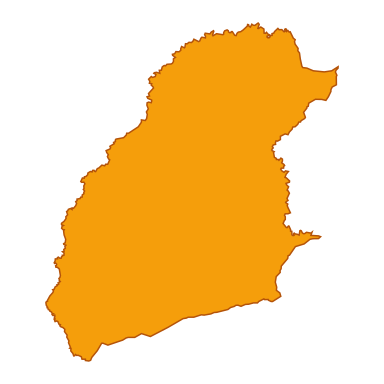 El Copey, Cesar, Colombia (Mercator projection)
{"feature_id": "7082276B6565875231933", "entity_name": "El Copey", "entity_type": "district", "adm_level": 2, "iso_a3": "COL", "parent_name": "Colombia", "parent_adm1": "Cesar", "projection": "mercator", "projection_center": [-73.955, 10.203], "detail": "fine", "context": "isolated", "style": "filled", "palette": "amber", "viewbox_px": 384, "rotation_deg": 0, "n_neighbors": 0, "source": "geoboundaries", "source_scale": "gbopen_adm2", "svg_char_len": 5814}
<svg xmlns="http://www.w3.org/2000/svg" viewBox="0 0 384 384"><path d="M54.6,320.7L55.1,321.6L56.6,321.0L57.8,321.5L59.1,324.4L60.4,324.7L59.9,325.8L60.5,326.6L63.0,327.6L64.8,329.3L64.5,331.6L67.1,335.1L66.8,337.1L68.9,340.9L68.5,342.7L70.5,347.5L69.7,348.2L71.0,348.7L70.8,350.9L72.9,353.5L73.7,355.9L74.6,355.8L75.5,354.5L76.6,355.4L78.2,355.3L81.3,356.7L82.0,359.2L85.4,359.2L85.4,360.5L88.8,361.0L90.6,360.3L91.8,357.4L97.2,350.8L101.6,343.3L102.9,343.2L107.9,345.1L122.7,340.1L126.1,338.0L128.1,337.4L134.7,337.4L141.5,333.6L150.4,336.5L167.9,327.4L183.1,318.6L186.3,318.1L188.2,317.2L193.8,317.2L201.3,314.8L204.1,315.1L210.9,313.9L214.1,312.5L216.8,312.3L227.9,309.5L230.6,307.5L234.3,306.4L235.9,305.3L238.0,305.2L241.0,306.3L245.4,304.4L248.7,304.2L253.5,302.9L257.5,302.9L258.9,301.4L263.9,298.9L264.5,299.6L268.2,299.5L268.4,300.2L271.1,301.5L272.6,301.5L280.8,296.3L279.8,292.9L276.4,290.3L276.7,287.2L275.3,282.2L276.2,276.6L280.2,272.4L280.0,270.6L281.1,268.8L281.3,266.1L287.7,258.5L288.1,255.7L289.5,255.2L295.4,246.6L304.2,243.9L310.0,239.3L313.0,238.7L318.5,238.6L320.6,236.7L318.6,235.9L310.9,235.4L312.0,232.2L310.9,233.1L306.5,232.3L304.7,233.6L303.6,233.7L302.3,232.9L301.4,230.9L300.6,230.4L299.9,230.7L299.1,235.1L297.1,234.2L295.3,234.0L294.2,233.1L293.6,233.9L294.0,235.4L293.0,235.6L291.9,234.8L291.8,231.3L290.6,231.2L290.6,229.7L289.0,226.1L288.4,226.0L287.2,227.6L286.3,227.5L283.1,223.5L284.4,220.4L285.3,219.6L285.3,216.7L284.5,215.3L285.2,213.8L287.9,213.8L290.4,212.8L287.6,206.8L287.2,205.2L287.8,204.1L285.7,202.6L286.2,201.6L288.0,200.5L287.0,198.5L289.4,193.2L288.1,190.9L287.1,190.1L288.6,186.8L286.6,184.8L286.0,183.4L289.4,182.2L289.6,181.0L286.4,177.9L285.0,177.4L286.1,174.3L288.4,171.5L285.5,170.9L284.1,172.3L282.1,171.1L280.7,169.2L281.2,168.2L283.6,168.1L283.7,166.2L284.6,165.6L284.0,164.5L281.7,162.8L282.5,160.9L282.4,159.1L280.9,158.1L278.9,160.3L278.1,159.4L276.4,159.5L276.2,158.3L274.4,157.3L273.5,152.4L274.2,151.7L272.0,150.6L271.9,149.3L273.2,147.9L272.3,146.7L273.3,144.9L275.6,144.4L275.4,142.9L276.0,140.9L277.6,141.1L280.4,139.6L280.4,136.3L285.1,133.9L288.0,134.7L289.4,132.0L292.1,129.2L292.7,127.1L295.2,126.7L297.7,124.4L298.8,122.1L300.5,122.0L301.1,120.7L304.7,118.5L305.4,117.3L303.6,112.3L306.8,108.2L306.9,106.9L308.3,106.2L308.7,103.2L315.4,99.3L321.7,99.4L325.9,100.4L328.4,96.7L330.9,91.5L330.9,89.7L332.2,87.0L336.4,84.8L336.3,76.6L336.9,75.3L335.4,72.0L336.1,70.1L338.0,68.3L338.1,66.7L331.7,70.8L324.3,71.9L313.3,70.8L306.9,68.1L302.8,67.6L301.9,66.3L300.3,59.0L299.5,53.0L297.8,50.7L298.1,48.4L295.1,44.1L294.5,41.6L295.2,39.7L293.3,38.2L290.2,31.8L289.2,32.1L287.8,30.4L286.6,31.4L286.3,29.2L285.8,28.8L284.7,29.3L285.0,31.3L284.1,31.8L281.8,29.6L279.1,29.7L277.9,28.4L274.6,31.5L273.8,33.1L272.0,33.6L272.1,35.4L270.7,35.4L269.5,37.6L268.1,37.9L267.1,37.2L267.0,36.2L269.5,35.4L269.6,34.9L267.8,34.0L266.5,32.3L265.5,33.3L264.1,33.1L263.9,29.0L260.8,27.0L258.6,28.5L257.9,28.4L259.2,24.3L258.1,23.0L254.9,25.4L253.2,25.2L251.8,24.2L250.4,27.1L249.1,26.4L248.6,24.7L247.6,24.5L247.3,26.1L243.1,30.0L240.7,31.7L238.3,32.1L237.0,33.3L236.1,35.6L234.7,35.3L232.3,31.6L231.3,31.6L230.9,32.6L229.6,32.7L228.6,32.0L228.3,30.7L227.1,29.9L224.7,30.8L223.7,32.5L223.6,34.3L222.9,34.7L216.5,33.7L213.0,35.8L212.5,35.0L213.8,31.3L213.5,30.7L211.2,32.1L209.9,33.9L205.2,33.2L204.6,34.7L205.5,36.1L205.4,37.9L201.9,37.2L200.9,38.2L199.8,40.9L198.7,41.6L193.9,39.2L193.0,41.1L191.5,42.5L189.0,42.3L187.1,43.8L185.5,43.7L184.9,47.2L184.4,47.8L181.6,46.5L180.7,48.8L180.8,50.3L179.0,51.8L175.9,51.6L174.7,53.7L172.4,54.3L172.6,55.3L175.4,57.4L173.4,58.8L173.5,61.4L172.4,63.3L171.1,64.0L166.9,64.3L165.6,65.8L164.3,65.5L163.4,66.0L162.2,67.0L161.4,70.2L159.3,70.3L159.8,73.3L156.5,72.3L154.3,72.7L153.8,73.4L155.9,74.4L155.3,76.5L152.6,77.4L151.3,76.5L148.6,79.2L149.8,81.3L149.4,83.3L151.7,83.7L151.2,85.1L152.9,86.7L153.5,88.0L148.5,93.5L149.5,96.0L147.0,96.8L147.8,98.4L151.6,100.0L151.7,101.1L151.2,102.7L148.6,102.1L147.1,102.8L146.9,105.2L148.3,108.9L146.4,111.9L147.3,114.4L146.6,118.6L145.3,120.5L141.4,119.9L141.4,122.2L138.3,126.8L128.6,133.2L126.7,133.2L126.3,135.0L123.6,137.7L116.0,139.1L115.3,140.1L115.4,141.6L113.6,142.4L114.2,143.7L109.9,146.3L110.6,147.7L109.9,149.0L106.1,150.6L106.7,152.5L108.3,154.7L107.4,156.6L108.6,159.0L109.7,159.8L107.7,164.3L105.7,164.2L104.7,165.8L101.9,165.1L98.8,168.0L97.3,168.6L95.6,171.6L94.8,171.4L94.0,170.3L92.6,170.4L92.1,171.9L90.4,171.5L87.9,173.0L87.7,174.7L86.1,176.4L84.4,176.8L84.2,178.2L82.4,178.0L80.8,181.6L81.7,182.3L83.9,182.2L84.9,183.8L83.8,185.9L84.0,188.5L83.3,189.4L84.6,191.0L83.8,192.4L83.9,193.7L82.2,195.0L82.2,197.0L80.7,197.2L80.1,198.5L77.0,199.1L77.1,200.6L75.7,201.6L76.6,203.5L75.7,205.7L73.5,208.3L72.1,207.9L72.0,209.5L70.5,208.5L68.4,209.3L67.7,210.8L66.6,211.5L67.6,214.8L65.8,216.8L66.1,218.3L65.5,219.3L64.0,221.4L61.6,223.2L61.4,224.1L61.7,224.8L63.4,225.5L62.1,226.2L61.6,228.3L63.1,229.7L64.2,229.8L63.6,230.9L64.1,234.9L65.7,239.3L65.2,242.7L63.6,243.7L63.8,244.4L65.9,245.2L64.9,246.4L65.3,248.3L63.8,249.4L64.1,251.2L62.5,251.7L64.1,253.0L63.9,255.3L62.3,255.3L62.4,256.1L61.5,256.8L61.2,258.2L59.7,258.2L58.4,257.1L57.4,257.6L57.5,258.8L55.3,258.9L55.1,261.1L54.2,262.7L54.5,263.4L55.6,263.0L56.7,264.2L56.4,265.3L55.6,265.7L55.9,267.2L57.3,267.3L59.3,269.0L60.4,275.5L59.9,277.5L58.9,278.5L59.5,280.1L59.2,280.9L60.2,281.5L58.9,282.8L58.2,282.8L58.6,284.2L56.9,284.8L57.3,285.6L55.2,286.8L54.1,289.3L52.7,289.7L53.5,290.8L52.9,292.5L49.9,295.9L47.4,300.5L47.5,301.3L46.4,301.6L45.9,302.7L46.3,305.3L47.4,307.0L47.1,307.7L47.9,308.0L48.3,309.6L49.6,310.0L49.8,311.1L51.6,312.1L52.2,313.8L53.0,313.8L52.1,314.6L53.1,315.6L54.7,315.1L54.9,316.4L54.4,317.7L54.9,318.6L54.1,319.1L54.9,319.9L54.6,320.7Z" fill="#f59e0b" stroke="#b45309" stroke-width="1.5"/></svg>